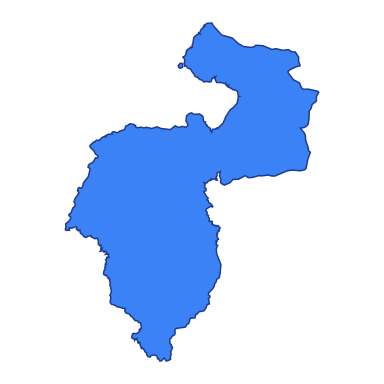 Minahasa Selatan, Sulawesi Utara, Indonesia
{"feature_id": "22746128B98133955192071", "entity_name": "Minahasa Selatan", "entity_type": "district", "adm_level": 2, "iso_a3": "IDN", "parent_name": "Indonesia", "parent_adm1": "Sulawesi Utara", "projection": "mercator", "projection_center": [124.506, 1.071], "detail": "fine", "context": "isolated", "style": "filled", "palette": "blue", "viewbox_px": 384, "rotation_deg": 0, "n_neighbors": 0, "source": "geoboundaries", "source_scale": "gbopen_adm2", "svg_char_len": 5958}
<svg xmlns="http://www.w3.org/2000/svg" viewBox="0 0 384 384"><path d="M139.6,343.1L141.4,348.5L142.3,348.6L142.5,348.1L144.4,350.1L145.0,351.9L146.5,352.6L146.6,354.5L147.9,356.6L150.0,357.1L151.1,355.6L153.6,355.0L155.6,355.2L157.4,357.0L157.5,358.8L158.7,358.8L159.7,360.9L161.2,361.0L164.4,358.0L166.2,361.0L169.0,360.3L170.6,359.2L170.4,356.4L171.2,354.5L170.7,351.8L172.5,347.9L172.2,346.7L171.4,346.2L171.3,344.8L169.9,343.3L169.9,338.9L171.3,337.9L172.2,336.1L174.6,334.8L175.1,333.2L174.9,329.5L176.4,328.4L185.3,327.1L187.3,324.0L188.7,323.7L190.2,318.3L194.9,317.9L195.8,314.5L197.1,314.0L199.1,311.8L203.9,310.9L206.2,307.6L206.9,304.9L209.4,303.8L208.4,298.5L209.6,297.7L210.0,296.3L208.4,294.5L208.5,293.1L212.7,288.8L214.0,286.7L214.9,283.4L216.3,281.6L216.6,279.4L219.2,277.8L220.1,273.6L220.9,264.6L216.7,253.8L216.3,249.4L217.1,246.1L217.7,245.6L215.9,243.9L216.5,242.5L216.1,241.8L216.9,241.6L216.3,240.8L218.5,239.2L216.9,236.7L217.4,235.0L216.7,234.5L216.7,233.5L217.6,233.2L218.4,230.4L219.3,230.8L219.3,229.5L220.2,228.0L217.9,225.6L216.9,225.6L216.1,226.5L215.2,225.3L212.9,224.9L212.5,223.8L212.0,224.1L211.7,223.5L212.4,221.4L208.4,221.3L209.3,220.9L209.4,218.6L208.3,216.6L208.4,215.3L207.3,215.0L206.8,214.1L207.3,212.3L206.1,211.3L206.2,209.1L210.5,206.3L212.3,207.0L212.8,206.5L211.3,204.2L208.7,202.4L208.2,200.4L207.1,200.2L207.1,199.4L208.2,198.1L206.9,196.9L203.9,192.0L203.9,191.2L205.9,190.9L206.2,188.6L204.5,187.2L205.1,184.3L204.1,182.7L205.7,183.1L207.1,182.7L208.5,180.8L210.1,180.6L210.9,179.0L211.2,179.9L215.1,178.6L215.6,179.8L217.2,180.2L216.2,177.2L217.0,175.8L217.2,172.9L220.3,171.5L219.5,175.8L221.0,179.7L220.4,182.2L221.6,183.7L224.5,185.1L230.2,182.6L232.9,179.5L238.8,179.1L245.3,175.6L247.5,177.3L249.2,177.7L252.7,177.4L259.0,175.6L261.4,175.9L268.6,175.0L271.1,175.9L274.8,176.1L287.5,170.7L293.3,170.1L300.2,170.8L304.6,169.8L306.1,168.3L307.8,159.3L310.4,152.2L309.1,151.3L308.5,150.1L308.1,147.4L305.6,140.1L305.4,136.0L304.4,133.0L300.3,128.1L304.0,127.6L306.3,126.3L308.1,124.3L309.0,118.7L309.2,111.2L311.2,108.2L312.1,104.5L316.4,101.1L316.4,96.6L318.7,92.4L317.9,91.3L308.2,89.1L303.3,89.3L301.3,87.5L299.6,83.0L293.4,79.7L288.8,73.7L287.8,71.8L289.8,69.8L295.8,66.9L300.1,65.8L298.4,60.4L298.7,57.3L295.3,52.0L291.4,51.6L288.4,49.6L282.5,50.3L276.3,48.7L271.8,49.4L263.2,45.8L259.7,45.5L255.7,45.3L254.2,46.6L251.7,47.4L243.6,46.6L237.8,43.2L232.4,38.1L221.7,35.0L213.5,26.0L211.8,23.0L207.3,23.3L204.5,25.0L204.5,24.5L203.9,25.7L204.7,26.3L203.3,26.9L203.5,27.4L201.3,29.1L200.0,32.0L199.0,32.6L199.1,33.1L199.6,33.2L200.0,33.8L198.5,33.2L198.5,34.1L196.8,34.8L193.9,37.4L193.0,42.4L193.3,43.0L192.2,44.7L192.3,46.8L190.7,47.2L191.5,47.6L187.6,49.5L187.5,50.4L186.5,50.6L185.7,54.8L184.4,56.4L183.1,56.8L183.1,57.4L185.0,59.6L184.2,63.0L184.8,66.2L185.7,65.9L188.2,68.3L190.6,69.1L192.6,72.6L194.2,74.0L194.5,75.7L196.1,77.0L198.2,77.5L198.4,78.3L200.1,79.7L201.7,79.9L204.0,82.0L206.8,81.4L209.7,82.1L211.2,81.5L212.0,78.4L212.7,78.5L214.4,76.8L215.8,76.4L214.7,78.2L216.6,82.5L221.8,82.6L225.8,84.1L226.1,83.6L226.1,85.2L226.6,85.7L227.3,86.0L228.6,85.3L227.9,86.5L228.1,87.1L231.4,88.4L232.5,89.6L235.9,90.2L237.7,91.8L238.3,96.2L239.0,96.4L238.2,96.6L237.9,100.2L237.3,101.5L237.6,101.9L236.8,103.6L233.7,107.1L230.2,109.8L225.9,116.5L223.1,123.1L218.9,127.2L217.3,127.9L218.2,129.0L216.7,128.1L215.3,129.1L212.4,129.3L211.6,132.3L210.3,130.0L210.3,128.4L207.2,126.2L207.1,125.2L205.8,124.2L205.1,122.5L205.5,122.1L203.7,121.5L202.8,116.2L199.6,114.0L194.6,114.3L192.5,113.7L191.8,112.9L189.5,113.4L186.6,115.7L185.9,120.8L188.1,124.8L187.0,126.6L185.3,127.2L185.6,127.9L184.8,126.9L182.2,126.4L178.7,127.5L178.5,128.1L178.5,127.4L175.1,125.8L170.4,129.6L161.1,128.5L156.9,126.8L151.8,128.5L146.4,127.3L143.7,127.9L141.3,127.2L137.1,127.7L135.9,127.0L135.2,126.0L135.5,125.4L134.3,125.3L133.8,124.4L129.9,123.7L128.2,125.2L125.8,126.0L124.5,129.5L119.5,131.3L117.3,132.9L114.2,131.7L112.6,132.0L111.8,132.8L112.1,134.2L108.4,134.2L106.2,135.4L106.6,135.9L106.3,136.1L105.6,136.4L105.6,135.7L104.9,136.2L105.1,136.8L104.1,136.5L101.7,137.7L99.7,140.1L96.3,140.3L95.1,141.6L93.5,142.1L89.8,145.7L90.2,147.3L93.8,150.8L95.8,154.5L97.7,155.5L98.0,157.0L97.3,157.9L95.4,157.9L93.3,161.9L89.2,164.3L88.5,165.3L88.0,167.2L89.7,168.4L90.0,169.5L88.3,176.6L83.5,182.7L82.4,187.4L80.8,188.2L79.1,187.5L78.1,188.4L77.5,190.6L79.0,192.9L74.9,198.9L74.0,201.9L74.8,202.8L75.3,205.1L74.5,206.6L72.9,207.9L71.1,212.6L68.8,214.8L69.0,215.8L70.4,216.5L70.7,218.3L69.1,221.0L65.7,223.8L66.0,226.7L65.3,229.4L65.9,230.3L69.5,230.3L69.1,227.9L71.7,228.2L75.9,226.6L76.9,227.5L76.3,229.0L78.3,230.8L79.4,229.9L80.2,230.2L80.0,232.0L80.9,233.7L82.6,234.6L84.0,236.7L86.2,237.5L88.2,236.0L89.5,236.1L90.9,235.4L91.2,236.9L95.0,238.7L97.3,238.3L98.5,241.0L98.2,244.0L99.7,245.7L100.6,245.1L101.2,245.4L100.8,248.5L102.2,248.3L100.2,251.2L102.4,250.7L104.2,252.3L105.4,251.0L106.8,253.0L105.5,254.4L108.5,254.1L108.3,255.8L109.1,257.3L106.7,257.3L106.8,259.0L105.6,259.4L106.5,262.1L105.7,263.3L106.1,264.2L105.3,264.2L105.2,264.9L105.6,265.8L104.8,267.1L105.2,268.5L104.0,270.8L103.5,274.2L105.3,275.5L106.4,275.1L107.3,276.9L108.6,277.5L108.2,278.5L109.8,279.1L109.5,279.7L110.3,284.2L109.8,285.1L110.6,286.7L111.4,291.9L109.9,295.3L110.9,297.1L110.1,302.3L111.5,304.3L114.3,304.9L117.0,306.8L120.8,307.5L122.3,308.3L125.4,308.4L124.7,310.7L125.7,312.8L129.6,314.3L130.8,316.3L132.7,317.1L133.5,318.9L134.6,319.4L134.9,320.6L136.9,320.7L138.1,321.4L138.4,322.4L140.6,322.9L141.5,327.9L140.9,328.2L140.9,329.1L139.8,329.1L139.2,329.8L139.2,330.6L139.7,330.6L139.5,331.7L136.2,333.8L133.8,333.3L132.6,333.9L131.8,336.3L132.0,338.1L134.6,339.2L134.6,340.4L136.0,338.7L137.0,338.4L136.9,339.9L138.1,341.6L137.7,342.5L138.3,343.1L138.7,342.4L140.0,342.4L139.6,343.1ZM180.1,68.4L182.7,67.1L182.6,64.0L181.8,63.3L179.9,63.5L178.2,65.8L178.7,67.4L180.1,68.4Z" fill="#3b82f6" stroke="#1e3a8a" stroke-width="1.5"/></svg>